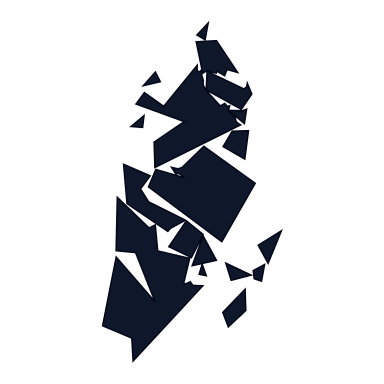 Kepulauan Aru, Maluku, Indonesia (Mercator projection)
{"feature_id": "22746128B17511076551422", "entity_name": "Kepulauan Aru", "entity_type": "district", "adm_level": 2, "iso_a3": "IDN", "parent_name": "Indonesia", "parent_adm1": "Maluku", "projection": "mercator", "projection_center": [134.564, -6.213], "detail": "medium", "context": "isolated", "style": "filled", "palette": "ink", "viewbox_px": 384, "rotation_deg": 0, "n_neighbors": 0, "source": "geoboundaries", "source_scale": "gbopen_adm2", "svg_char_len": 1853}
<svg xmlns="http://www.w3.org/2000/svg" viewBox="0 0 384 384"><path d="M117.3,197.3L116.1,250.7L135.6,252.6L155.1,301.9L116.2,257.0L102.6,325.8L131.8,338.1L133.1,361.0L202.8,285.8L192.8,285.4L190.3,281.8L186.8,283.4L184.4,283.9L183.6,283.5L189.7,258.4L157.7,250.9L155.3,224.9L149.1,228.0L117.3,197.3ZM255.2,183.3L203.8,146.3L182.2,167.3L179.1,168.6L177.1,168.6L171.5,167.3L175.4,173.3L175.9,173.7L178.4,173.6L180.3,174.2L181.0,174.6L181.4,175.6L181.7,175.1L184.6,177.7L155.8,169.5L148.5,186.9L221.8,241.7L255.2,183.3ZM184.2,121.6L154.1,142.1L154.9,167.5L240.6,124.9L237.2,122.7L235.9,120.9L235.4,118.2L235.6,116.5L232.8,115.8L228.4,110.4L229.7,105.7L227.3,106.4L224.8,103.4L220.3,105.9L205.9,90.2L203.2,85.2L203.1,81.0L203.4,80.4L201.7,75.3L202.0,72.4L200.7,70.6L199.1,72.2L197.2,70.3L197.2,65.3L163.7,106.3L144.4,92.6L136.0,104.0L184.2,121.6ZM123.6,164.3L127.0,203.6L167.8,231.4L170.7,228.2L185.4,220.2L148.6,201.8L140.5,188.9L150.2,175.8L123.6,164.3ZM207.1,71.4L206.1,89.9L241.3,109.3L251.8,94.0L247.3,83.2L246.7,86.9L243.9,88.9L207.1,71.4ZM196.2,41.8L202.7,73.2L207.1,70.7L216.2,73.2L216.8,71.2L224.6,75.7L227.0,69.5L237.7,72.5L216.5,40.7L196.2,41.8ZM186.4,220.8L168.8,246.7L191.4,257.6L203.2,234.5L186.4,220.8ZM245.1,289.2L222.8,312.4L228.3,326.9L245.8,310.5L245.1,289.2ZM216.4,260.3L203.1,235.8L192.2,265.7L216.4,260.3ZM281.4,230.8L258.2,245.2L268.1,263.3L281.4,230.8ZM248.5,130.7L232.2,131.2L223.1,146.6L244.8,159.1L248.5,130.7ZM251.1,275.1L225.8,263.1L231.2,280.3L251.1,275.1ZM242.5,110.7L228.9,110.4L244.4,123.6L246.6,109.2L242.5,110.7ZM144.0,115.6L131.0,126.5L142.6,127.4L144.0,115.6ZM205.1,39.8L208.2,23.0L196.9,35.0L205.1,39.8ZM160.3,81.7L155.4,72.0L143.3,85.7L160.3,81.7ZM264.6,264.5L253.2,270.6L254.2,278.7L261.5,281.2L264.6,264.5ZM206.3,275.7L202.2,264.2L199.1,274.3L206.3,275.7Z" fill="#0f172a" stroke="#020617" stroke-width="1.5"/></svg>